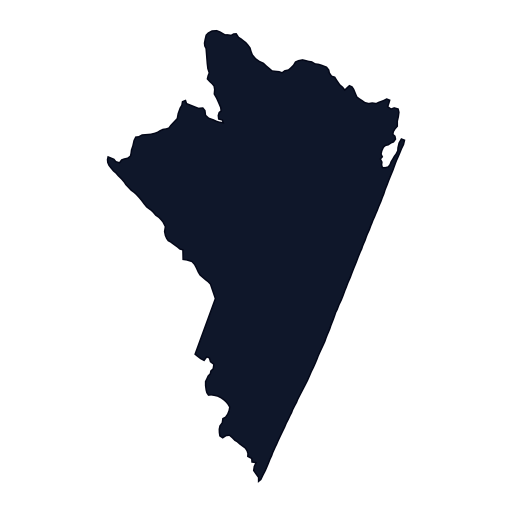 the district of Conde, Bahia, Brazil
{"feature_id": "56859067B41531106356", "entity_name": "Conde", "entity_type": "district", "adm_level": 2, "iso_a3": "BRA", "parent_name": "Brazil", "parent_adm1": "Bahia", "projection": "robinson", "projection_center": [-37.676, -11.864], "detail": "fine", "context": "isolated", "style": "filled", "palette": "ink", "viewbox_px": 512, "rotation_deg": 0, "n_neighbors": 0, "source": "geoboundaries", "source_scale": "gbopen_adm2", "svg_char_len": 4391}
<svg xmlns="http://www.w3.org/2000/svg" viewBox="0 0 512 512"><path d="M404.5,140.2L401.4,139.0L399.1,143.0L398.0,147.7L397.8,150.8L396.1,154.1L394.4,156.3L392.7,159.3L391.2,161.7L390.1,164.6L388.2,167.0L385.2,167.7L382.4,167.7L381.6,165.0L381.9,162.1L380.3,159.0L382.3,156.8L381.0,154.1L381.8,150.7L383.4,147.2L385.5,145.4L388.2,144.8L391.0,142.9L393.5,141.9L395.5,139.1L394.9,136.2L392.8,134.4L393.3,131.6L395.0,128.8L397.3,126.2L397.3,121.1L398.3,116.8L398.9,112.3L398.1,109.0L394.2,107.9L391.0,109.1L387.7,106.7L388.8,103.3L389.7,100.2L386.7,99.0L383.6,100.6L378.9,102.3L376.2,103.6L372.2,103.0L368.7,103.6L364.8,102.6L362.0,100.6L359.2,98.8L356.8,97.0L355.2,93.2L353.6,89.3L352.0,86.9L349.4,85.7L346.9,88.0L344.8,90.1L342.6,87.3L339.7,84.8L336.4,80.0L334.7,77.2L331.5,76.2L329.3,72.9L328.7,70.0L326.5,67.2L321.6,65.3L318.7,64.4L315.0,63.9L311.7,61.9L308.5,61.4L305.1,60.5L302.5,59.9L298.5,60.7L295.5,62.0L293.6,65.2L290.7,68.1L288.5,70.0L284.8,70.8L282.1,72.8L279.0,71.7L275.8,71.4L272.1,71.0L269.2,68.5L266.2,66.0L263.4,63.3L259.2,61.4L255.5,58.7L252.3,54.9L251.0,51.5L250.0,48.0L247.8,45.0L245.7,42.6L243.3,40.8L241.1,39.0L238.5,37.4L236.2,33.8L233.6,34.0L231.2,35.4L227.8,34.9L225.0,34.9L222.4,33.4L220.0,32.0L216.7,30.7L212.0,31.0L208.3,33.0L206.2,35.2L205.2,39.4L204.5,43.1L204.8,45.9L206.1,48.5L207.3,63.6L207.9,68.6L209.3,72.9L208.2,75.6L207.4,78.9L209.8,81.5L212.1,83.6L214.1,86.0L214.7,89.5L214.3,94.0L216.7,98.2L218.8,102.9L220.7,107.4L221.2,110.9L219.2,112.5L218.3,115.5L218.7,119.0L222.4,120.0L223.3,122.8L219.2,122.2L216.4,121.3L213.4,119.9L208.6,118.2L205.5,115.3L204.9,110.6L202.8,108.0L198.5,108.4L186.5,103.6L185.5,100.5L182.5,101.7L181.9,105.3L180.2,108.1L178.2,113.7L177.3,118.6L170.9,125.4L168.9,128.1L166.0,129.0L163.0,129.4L160.0,130.8L157.8,132.2L154.9,133.3L150.8,134.3L145.8,134.7L142.1,135.0L138.8,136.8L135.8,137.1L134.1,140.5L132.9,145.9L131.5,150.0L131.1,153.3L130.5,156.1L127.8,158.2L124.2,159.0L121.7,159.9L119.5,162.8L115.8,161.7L113.9,159.3L108.1,156.9L107.5,159.6L107.8,162.5L109.0,165.3L111.5,168.5L113.5,170.9L116.0,173.0L118.3,175.7L121.6,178.9L124.4,182.2L125.9,184.6L128.4,187.2L131.2,190.2L134.1,192.3L136.1,194.1L138.8,197.0L141.6,200.3L144.1,203.7L146.7,206.9L149.1,208.7L151.2,210.2L153.2,212.1L155.8,215.2L158.9,217.3L161.0,219.5L163.0,221.9L165.4,226.6L164.6,231.5L165.4,235.4L166.7,238.4L168.3,240.7L170.6,241.9L172.6,243.4L175.5,245.5L177.6,247.0L179.9,249.0L182.9,249.8L183.1,259.4L186.7,259.9L192.0,261.5L194.6,264.4L196.4,267.8L198.3,272.0L200.1,275.0L203.6,278.0L205.7,279.8L208.1,281.6L210.5,284.1L215.4,298.6L195.1,354.2L197.3,356.0L200.7,358.6L204.1,360.4L206.7,356.8L209.4,357.9L210.5,361.7L213.9,364.3L213.2,368.8L210.9,371.0L210.4,373.7L208.2,376.0L206.8,379.1L205.6,381.5L205.6,385.6L206.2,390.1L206.9,392.7L208.5,395.1L211.2,394.8L214.3,395.3L217.8,396.1L221.3,397.9L224.4,400.2L226.5,402.2L228.1,404.2L229.8,407.1L229.1,410.7L227.7,414.2L225.6,417.2L222.9,418.6L222.3,422.8L220.0,425.9L219.3,429.2L219.4,432.5L219.9,435.9L222.7,437.8L226.0,435.6L229.5,435.2L232.4,437.7L234.9,440.3L237.2,441.6L240.0,444.1L245.3,448.0L247.1,450.7L248.0,453.6L247.8,456.4L251.8,458.5L252.0,462.0L256.1,462.6L254.3,466.4L253.7,470.5L256.0,473.8L258.6,477.4L258.6,481.3L260.8,479.5L262.9,475.1L265.3,470.5L266.8,467.0L268.4,463.2L269.9,459.3L271.6,455.7L272.6,452.8L274.1,449.5L275.3,446.8L276.5,444.4L278.0,440.9L280.2,436.2L282.6,431.2L284.6,427.1L286.2,423.2L288.2,419.4L290.0,415.5L291.5,412.7L292.6,409.7L294.7,405.6L296.5,402.3L297.6,399.5L299.9,395.0L302.4,390.2L305.3,384.6L307.4,380.5L309.3,376.2L311.3,371.5L313.4,367.3L315.4,362.8L316.9,359.2L318.1,356.0L319.7,352.4L321.1,349.4L323.3,344.7L324.8,341.4L326.0,337.9L327.3,334.6L328.4,332.1L329.8,328.7L330.7,325.9L331.7,323.3L332.9,320.3L333.9,317.6L334.8,315.0L335.7,312.3L337.1,309.6L339.0,304.6L341.2,300.1L343.0,295.6L345.0,290.1L346.1,287.5L347.9,282.7L350.2,277.5L351.9,272.9L353.9,267.8L355.2,264.7L356.6,261.2L358.1,257.1L359.2,254.4L360.3,251.7L361.6,249.0L362.5,246.2L363.7,243.3L365.0,240.4L366.2,236.9L367.2,234.3L369.3,229.7L370.7,225.8L371.8,223.2L372.8,220.5L374.5,216.8L375.7,213.8L377.2,210.4L378.5,206.9L379.7,204.1L380.8,201.6L382.2,197.7L383.8,193.8L385.1,189.6L387.1,184.7L388.8,180.1L390.8,175.2L392.8,170.4L394.2,166.5L395.5,162.9L396.6,160.1L398.1,156.8L399.8,152.8L401.5,148.6L403.5,144.5L404.5,140.2Z" fill="#0f172a" stroke="#020617" stroke-width="1.5"/></svg>